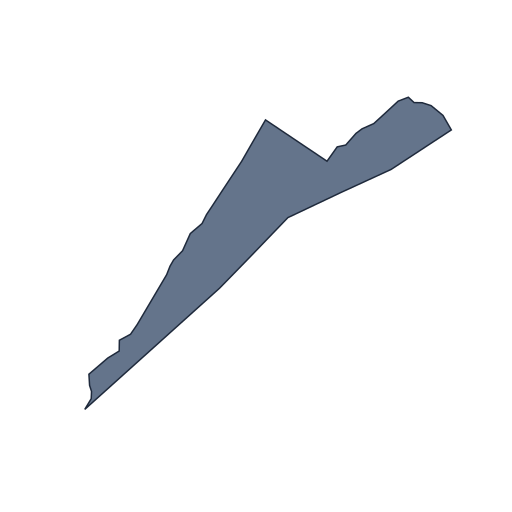 outline of Jaçanã, Rio Grande do Norte, Brazil, rotated 128°
{"feature_id": "56859067B38993926248050", "entity_name": "Jaçanã", "entity_type": "district", "adm_level": 2, "iso_a3": "BRA", "parent_name": "Brazil", "parent_adm1": "Rio Grande do Norte", "projection": "albers", "projection_center": [-36.213, -6.403], "detail": "fine", "context": "isolated", "style": "filled", "palette": "slate", "viewbox_px": 512, "rotation_deg": 128, "n_neighbors": 0, "source": "geoboundaries", "source_scale": "gbopen_adm2", "svg_char_len": 663}
<svg xmlns="http://www.w3.org/2000/svg" viewBox="0 0 512 512"><g transform="rotate(128 256 256)"><path d="M36.4,179.7L30.1,195.2L29.7,210.6L32.9,219.4L37.8,225.9L37.1,233.7L46.4,239.3L66.0,242.5L79.1,244.7L90.4,250.7L97.8,252.7L113.3,253.6L120.0,259.2L137.6,258.4L142.9,332.3L168.0,328.8L190.3,325.6L226.6,322.7L242.1,321.4L253.8,320.5L263.6,318.5L278.7,321.6L297.1,317.1L309.9,318.5L316.9,317.5L325.7,314.9L383.2,307.4L394.9,306.7L406.5,311.8L415.1,305.3L427.7,310.0L452.0,314.9L460.4,307.5L464.0,302.2L469.9,298.0L482.3,296.5L303.8,264.9L261.2,260.2L206.1,254.5L153.9,228.3L104.5,202.8L36.4,179.7Z" fill="#64748b" stroke="#1e293b" stroke-width="1.5"/></g></svg>